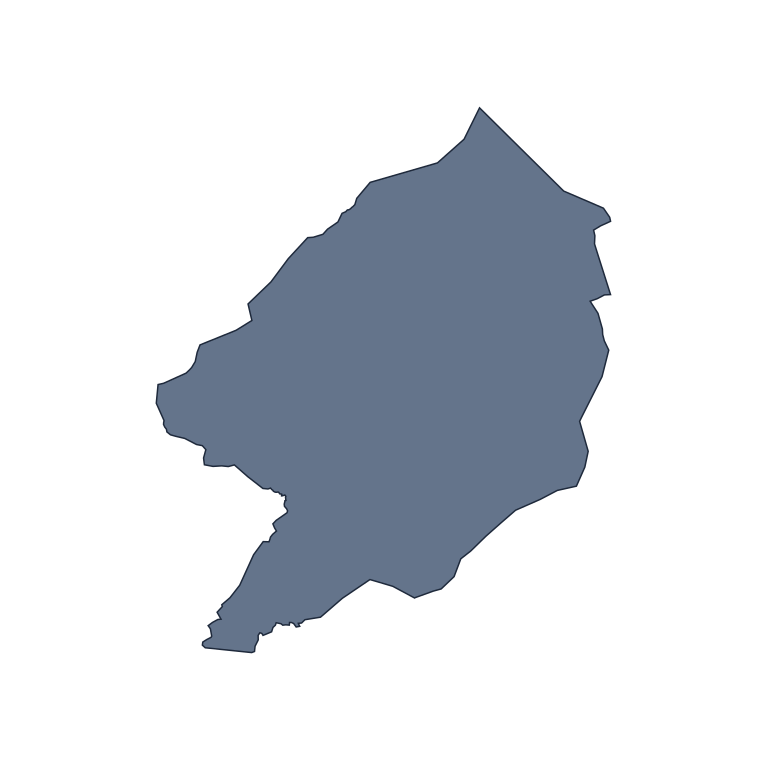 the district of Awka North, Anambra, Nigeria, rotated 65°
{"feature_id": "59680162B18488232241930", "entity_name": "Awka North", "entity_type": "district", "adm_level": 2, "iso_a3": "NGA", "parent_name": "Nigeria", "parent_adm1": "Anambra", "projection": "robinson", "projection_center": [7.078, 6.331], "detail": "fine", "context": "isolated", "style": "filled", "palette": "slate", "viewbox_px": 768, "rotation_deg": 65, "n_neighbors": 0, "source": "geoboundaries", "source_scale": "gbopen_adm2", "svg_char_len": 2390}
<svg xmlns="http://www.w3.org/2000/svg" viewBox="0 0 768 768"><g transform="rotate(65 384 384)"><path d="M590.9,446.7L590.8,446.0L592.5,427.1L593.9,418.8L588.2,401.9L574.9,388.3L572.0,375.9L565.0,355.9L559.2,336.3L554.0,318.1L554.6,291.2L553.7,271.9L557.9,252.8L544.2,237.1L531.3,227.4L500.5,222.5L497.5,218.8L469.5,183.3L448.3,166.0L438.0,166.1L431.6,164.9L426.4,162.8L410.4,160.2L396.1,162.2L396.8,154.7L396.4,146.6L398.7,140.9L357.2,135.5L346.0,134.0L338.7,130.2L333.1,129.0L332.2,120.9L332.3,109.9L328.3,109.0L317.4,110.8L285.1,139.6L235.2,158.1L174.1,180.7L196.0,208.0L206.2,242.1L195.4,311.3L204.2,330.2L209.1,334.6L210.1,337.2L210.4,338.8L210.7,339.5L210.9,339.8L211.2,341.5L211.2,342.6L210.9,343.0L210.8,343.8L211.1,344.4L211.2,344.7L211.7,345.8L211.6,349.9L217.7,357.3L219.8,369.7L222.5,376.1L221.1,386.1L219.1,391.3L229.9,417.7L243.7,443.3L254.0,473.4L270.6,476.9L271.1,481.2L272.8,495.3L270.8,534.2L276.3,539.9L283.9,545.6L287.8,551.4L289.1,554.6L290.5,558.8L290.2,583.5L289.0,589.0L305.2,598.5L323.7,598.8L324.4,598.9L325.5,599.8L327.5,600.9L330.4,600.9L333.0,600.3L335.7,601.0L339.8,599.0L343.5,594.7L349.1,587.6L359.6,579.5L363.1,574.7L368.2,573.2L374.8,578.8L381.3,580.9L386.4,573.8L389.6,565.7L393.0,560.0L394.1,553.8L410.5,546.6L427.5,537.9L430.1,533.5L430.4,530.8L432.1,530.4L433.5,529.6L434.4,529.6L436.0,528.4L436.8,526.9L437.1,525.7L437.9,525.1L439.4,525.0L440.4,523.5L440.8,523.2L441.2,523.7L442.1,524.1L442.4,523.3L442.5,522.7L442.7,520.8L444.3,520.4L444.9,521.1L445.4,521.2L446.9,521.8L448.1,522.1L447.9,523.1L448.3,523.3L450.7,525.2L452.8,525.9L456.0,525.0L458.2,525.0L459.7,526.3L462.0,539.3L463.8,543.8L468.1,544.0L470.0,543.8L471.8,543.6L473.2,548.5L474.8,551.6L476.5,553.0L478.4,554.9L475.8,560.1L483.6,574.3L505.4,599.8L512.6,613.9L515.5,624.3L517.4,624.6L520.3,631.7L528.3,631.1L527.2,634.1L527.6,640.2L528.7,645.5L532.5,644.8L539.7,646.7L540.5,647.8L540.7,652.8L541.3,657.3L543.9,659.0L547.5,657.5L571.5,617.4L571.7,614.4L567.2,611.7L563.0,606.4L562.7,606.1L558.6,604.3L557.0,601.6L558.5,600.1L560.7,599.9L560.9,595.9L561.1,590.6L557.7,587.5L556.7,584.4L554.8,582.6L557.8,578.6L559.8,577.7L560.7,574.9L562.4,571.9L562.5,571.7L560.2,570.4L561.1,568.6L562.9,567.1L567.1,566.3L568.0,562.8L564.7,562.8L565.8,559.7L564.2,555.3L568.5,540.1L560.6,512.3L555.3,479.4L561.0,472.9L571.1,461.5L590.9,446.7Z" fill="#64748b" stroke="#1e293b" stroke-width="1.5"/></g></svg>